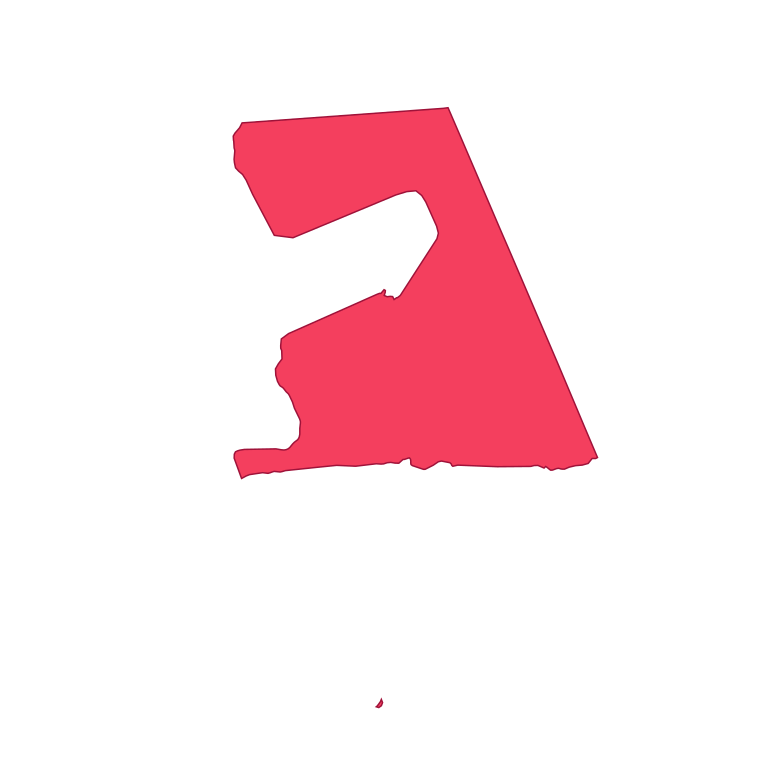 SVG path tracing the border of Sandaun, rotated 157°
{"feature_id": "PNG-1241", "entity_name": "Sandaun", "entity_type": "Province", "adm_level": 1, "iso_a3": "PNG", "parent_name": "Papua New Guinea", "parent_adm1": "", "projection": "orthographic", "projection_center": [142.09, -3.55], "detail": "fine", "context": "isolated", "style": "filled", "palette": "rose", "viewbox_px": 768, "rotation_deg": 157, "n_neighbors": 0, "source": "natural_earth", "source_scale": "10m", "svg_char_len": 2167}
<svg xmlns="http://www.w3.org/2000/svg" viewBox="0 0 768 768"><g transform="rotate(157 384 384)"><path d="M217.1,613.3L216.9,579.1L216.8,550.7L216.6,483.5L216.4,456.2L216.3,424.0L216.2,389.2L216.0,336.4L216.1,296.9L216.2,265.8L216.2,237.8L216.2,232.9L218.3,232.7L221.5,234.1L227.1,231.1L233.2,231.9L239.6,234.0L246.1,235.1L251.1,235.1L253.0,235.9L254.4,236.7L255.4,237.6L256.5,238.3L258.3,238.7L262.4,238.9L264.2,239.5L264.9,240.5L266.6,243.8L267.4,244.9L269.5,244.1L274.1,248.9L277.7,250.3L281.1,250.8L312.0,263.6L347.8,280.5L352.8,281.4L353.4,282.6L353.4,284.2L354.1,285.8L361.2,290.6L364.4,291.2L370.4,290.0L379.4,289.4L381.1,290.1L389.8,297.8L390.6,299.3L390.3,300.7L389.5,302.5L389.0,304.4L389.4,306.0L390.5,306.3L394.6,306.6L396.1,307.1L401.3,305.3L404.8,306.9L408.4,309.2L411.9,310.3L415.5,310.6L417.9,311.4L422.3,313.6L442.2,319.4L459.3,327.6L477.3,333.2L508.6,342.8L512.2,343.2L514.0,343.6L519.3,346.5L521.3,346.7L523.6,346.8L525.7,347.1L530.4,349.8L543.1,353.1L546.7,353.2L552.0,352.7L552.0,353.3L550.9,374.3L549.2,377.9L547.2,379.6L544.9,379.7L542.4,379.4L538.0,378.3L508.8,366.5L504.1,363.5L501.8,362.3L499.7,361.8L497.7,361.8L495.7,362.3L491.5,364.5L489.3,365.4L485.0,366.5L482.9,368.1L481.1,370.7L478.8,376.1L476.1,380.9L475.5,382.5L475.3,384.9L475.9,396.7L475.3,403.2L475.6,410.4L475.9,412.4L477.1,415.1L478.3,419.6L479.0,420.9L480.3,422.8L480.7,424.4L481.0,428.1L480.2,434.3L478.0,440.3L473.3,443.9L468.1,446.9L465.1,454.7L465.1,457.2L464.1,459.7L460.9,465.6L452.1,467.7L355.3,469.3L352.7,469.2L351.4,468.6L347.1,470.8L346.2,469.6L347.0,468.0L349.2,465.4L347.0,463.1L344.1,462.3L341.9,461.1L341.7,457.8L338.7,458.5L338.0,458.2L335.6,458.8L334.3,459.2L278.5,497.0L275.0,501.6L273.9,508.7L274.4,535.2L275.6,542.8L279.1,549.4L287.9,552.2L299.2,553.4L410.6,554.2L426.9,563.7L430.8,609.9L431.2,625.4L432.3,632.1L434.6,636.6L436.2,641.0L435.2,646.2L434.2,649.4L430.3,656.8L430.0,657.8L429.7,659.9L427.4,666.3L427.3,667.2L425.9,671.1L423.1,673.2L416.8,676.3L412.6,679.8L221.8,614.6L217.1,613.3ZM509.7,94.7L509.8,91.3L512.1,88.9L515.2,88.2L517.2,89.9L516.2,90.2L514.0,91.4L511.4,93.0L509.7,94.7Z" fill="#f43f5e" stroke="#9f1239" stroke-width="1.5"/></g></svg>